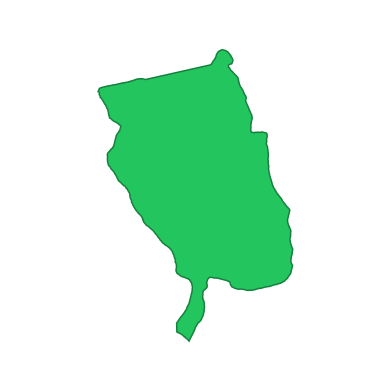 the district of Flores, Heredia, Costa Rica, rotated 104°
{"feature_id": "36466004B75019906256139", "entity_name": "Flores", "entity_type": "district", "adm_level": 2, "iso_a3": "CRI", "parent_name": "Costa Rica", "parent_adm1": "Heredia", "projection": "albers", "projection_center": [-84.155, 10.006], "detail": "fine", "context": "isolated", "style": "filled", "palette": "green", "viewbox_px": 384, "rotation_deg": 104, "n_neighbors": 0, "source": "geoboundaries", "source_scale": "gbopen_adm2", "svg_char_len": 6023}
<svg xmlns="http://www.w3.org/2000/svg" viewBox="0 0 384 384"><g transform="rotate(104 192 192)"><path d="M337.4,158.8L325.2,156.1L323.2,156.0L321.9,155.8L320.0,155.1L318.1,154.7L317.6,154.4L316.2,153.3L315.6,153.1L314.8,152.5L314.2,152.4L313.7,152.1L311.1,151.8L309.9,151.4L304.5,151.4L304.2,151.7L301.5,151.8L297.2,153.1L296.7,153.4L295.5,153.8L294.1,154.8L293.8,155.4L293.2,155.4L292.9,155.8L292.2,155.8L291.1,156.4L289.1,156.5L287.3,157.1L285.3,157.1L283.6,156.2L283.4,155.7L282.2,155.2L281.9,154.8L280.9,154.4L279.6,154.4L279.0,154.8L278.4,154.8L277.9,155.3L277.3,155.4L277.0,155.8L273.0,155.7L270.9,154.6L270.1,153.1L270.1,149.8L269.8,148.5L269.8,147.8L269.4,147.3L269.5,136.6L269.8,136.0L269.8,134.7L270.1,134.4L270.1,133.7L270.4,133.4L273.1,131.9L273.6,130.9L274.4,130.3L274.5,129.0L274.8,128.7L274.8,128.0L275.1,126.7L275.1,123.4L274.1,120.2L274.0,114.2L273.4,112.4L273.2,111.2L272.9,110.6L272.5,109.4L272.1,108.9L272.1,108.3L271.7,107.7L270.1,105.1L269.9,104.5L269.4,104.2L269.4,103.5L268.8,102.5L268.8,101.8L266.4,97.9L266.4,97.3L265.7,96.1L264.8,93.7L262.2,89.8L262.1,89.2L261.4,88.3L261.1,87.1L260.6,86.8L260.1,85.7L259.2,84.6L259.1,84.0L257.9,82.7L257.6,82.2L257.0,81.9L256.1,80.9L255.8,80.4L255.1,80.3L252.5,78.4L251.2,78.2L247.6,76.7L247.0,76.6L239.0,76.6L237.1,78.3L235.1,79.5L233.1,79.6L231.9,79.9L227.2,79.9L226.0,80.3L224.0,80.3L222.8,80.6L220.5,82.4L219.9,82.6L217.3,84.3L216.6,84.3L216.1,84.7L214.9,85.2L214.4,85.6L211.7,85.6L207.9,86.3L207.2,86.6L205.9,86.6L203.3,88.3L202.5,89.1L202.0,89.3L201.7,89.9L201.1,90.0L200.7,90.4L199.6,91.0L198.2,92.0L197.6,92.0L195.8,92.6L185.9,92.7L184.6,94.0L184.1,95.1L183.6,95.4L183.5,96.1L182.6,97.0L181.9,98.2L180.8,99.1L179.8,100.8L178.5,102.3L178.0,102.6L176.4,104.2L175.8,105.4L175.2,105.7L174.9,106.3L173.3,108.3L173.0,108.9L172.6,109.2L171.4,110.5L170.9,110.7L170.3,111.7L169.2,112.4L168.9,113.0L168.0,113.9L164.2,116.5L163.6,116.7L157.3,120.5L151.3,123.3L148.7,123.7L148.4,124.0L147.7,124.0L146.0,125.0L144.7,125.1L143.5,125.7L142.8,125.7L142.3,126.1L141.0,126.3L139.0,126.5L137.8,126.9L136.5,127.1L133.6,128.3L133.0,128.4L132.6,128.7L130.8,129.4L130.4,129.7L129.8,129.7L129.1,130.4L127.1,131.7L124.5,131.7L124.2,132.1L122.9,132.4L120.2,132.4L117.8,133.1L116.8,134.1L116.8,138.7L117.1,139.0L117.5,140.2L117.8,140.6L117.8,141.9L118.1,142.4L118.8,145.3L119.5,146.2L119.5,148.9L119.3,149.4L118.7,149.5L117.5,150.0L116.9,150.1L116.3,150.4L114.4,150.5L113.4,151.1L111.5,151.1L111.1,151.4L105.8,151.4L105.2,151.6L104.7,152.1L104.1,152.1L102.9,152.8L102.4,152.9L102.2,153.5L101.1,154.1L100.2,154.9L99.7,155.1L98.7,156.1L95.8,158.1L93.3,160.2L92.7,160.4L91.3,161.6L90.3,162.1L87.7,162.1L87.3,162.4L86.1,162.8L84.5,164.7L83.4,165.4L82.5,166.3L80.8,167.4L80.0,168.5L79.4,168.8L78.3,170.2L77.4,171.0L75.3,172.5L74.7,172.6L73.7,173.5L73.0,173.5L72.5,173.9L71.4,174.3L71.0,174.8L70.4,174.8L69.7,175.5L69.5,176.0L69.0,176.3L68.0,177.9L67.9,178.5L67.0,179.5L66.4,180.7L65.6,181.7L64.7,183.5L62.3,185.9L62.3,186.5L61.2,187.2L59.9,187.1L59.4,186.8L59.1,186.3L58.7,186.0L58.3,184.8L58.0,184.5L57.3,184.5L57.0,184.2L54.3,184.2L52.7,185.1L51.7,186.1L51.4,186.6L50.9,186.9L50.6,187.5L50.0,187.5L49.9,188.2L49.3,188.5L49.1,189.0L48.3,189.8L47.8,191.0L47.3,191.2L47.2,191.9L46.6,193.6L46.6,197.0L47.5,198.5L49.0,199.9L49.3,200.4L52.6,201.5L55.3,201.5L55.9,201.8L58.4,202.3L58.9,202.8L62.5,203.9L63.1,204.2L63.7,204.2L64.0,204.5L94.1,264.3L94.1,267.7L94.7,269.5L94.9,270.8L95.1,271.3L95.7,272.0L95.8,272.7L96.3,273.7L97.1,274.4L97.2,275.0L98.5,276.8L99.0,277.9L99.7,278.8L99.8,279.3L100.3,279.7L100.4,280.3L100.9,280.8L101.4,282.0L101.4,282.6L101.9,282.9L102.4,284.0L102.4,284.7L102.9,285.0L103.1,286.2L103.7,287.3L104.1,287.6L105.1,290.1L105.9,291.2L106.8,293.5L107.4,294.6L107.5,295.2L109.1,298.0L109.1,298.7L109.4,299.0L109.6,299.6L110.1,300.1L110.4,301.3L111.4,302.7L111.8,303.9L113.8,306.9L117.4,307.4L117.6,306.2L118.4,305.7L119.5,305.7L120.4,305.2L120.9,304.6L121.8,304.1L122.6,303.9L122.7,302.9L126.4,299.2L127.9,297.9L128.3,296.9L129.1,296.5L130.6,295.1L131.5,294.7L132.0,293.9L135.4,292.2L137.3,291.5L138.0,290.8L138.9,290.5L139.8,290.0L140.3,289.5L140.3,288.5L141.4,287.1L141.6,286.2L142.1,285.3L142.4,284.4L142.6,282.3L143.2,281.4L143.6,279.6L144.4,279.1L144.5,278.1L145.0,277.3L145.7,277.0L149.9,277.0L150.4,277.5L151.4,277.6L153.2,278.4L154.2,278.5L155.0,279.1L166.5,279.1L167.3,279.6L168.4,279.6L170.2,281.1L171.3,281.1L171.9,281.8L174.5,283.1L175.5,283.2L176.6,283.2L177.1,282.7L178.1,282.6L179.0,282.2L180.1,282.2L183.1,281.2L186.3,279.5L186.8,278.9L187.7,277.2L188.5,276.8L189.3,276.0L190.1,274.4L190.7,273.7L191.9,272.0L192.7,271.6L193.9,270.2L196.2,268.1L197.1,267.6L197.5,266.8L198.4,266.4L199.1,265.7L199.3,264.7L199.8,264.2L200.2,263.2L200.8,262.4L201.8,260.6L202.4,259.8L202.4,258.7L203.6,257.1L204.5,256.6L204.5,255.6L205.5,255.1L208.2,252.4L210.0,251.5L211.0,251.3L212.8,250.4L215.5,248.3L216.5,248.3L218.1,246.7L219.0,246.3L219.4,245.5L220.3,245.0L223.3,241.9L223.7,241.1L224.9,239.8L225.9,238.3L226.7,236.8L228.3,234.7L230.1,233.2L231.0,233.1L231.4,232.3L232.9,231.6L233.2,230.8L235.0,228.7L235.8,227.0L235.8,226.0L236.9,224.6L237.1,223.7L238.1,222.3L238.4,221.3L239.5,219.5L241.4,217.3L242.4,215.6L243.9,214.1L245.1,212.4L246.6,210.9L246.9,210.0L247.7,209.3L248.8,207.6L248.9,206.6L249.6,205.8L250.3,204.0L250.4,203.0L250.8,202.1L251.5,201.3L251.5,200.3L252.3,199.7L252.5,198.9L253.3,198.3L253.7,197.5L254.4,196.8L256.7,195.3L257.2,194.6L260.4,192.9L261.1,192.2L263.0,191.4L264.0,191.4L265.0,190.3L266.6,189.5L269.3,188.8L271.4,188.7L272.4,188.4L273.9,187.4L275.0,186.1L275.0,185.1L276.0,183.4L276.2,182.5L276.5,181.8L276.7,177.7L277.1,176.8L277.1,174.7L277.5,174.2L277.6,173.2L278.3,172.7L278.9,171.8L279.7,171.4L280.2,170.5L283.9,168.7L284.9,168.4L286.0,168.4L287.9,167.9L300.4,167.9L301.5,168.0L304.5,168.9L306.5,168.9L311.4,170.5L318.1,173.5L320.1,174.1L323.0,175.2L331.5,172.8L331.5,171.8L331.9,171.5L331.9,170.2L333.2,166.2L334.2,164.8L334.2,164.1L335.1,163.1L335.9,160.9L337.4,158.8Z" fill="#22c55e" stroke="#15803d" stroke-width="1.5"/></g></svg>